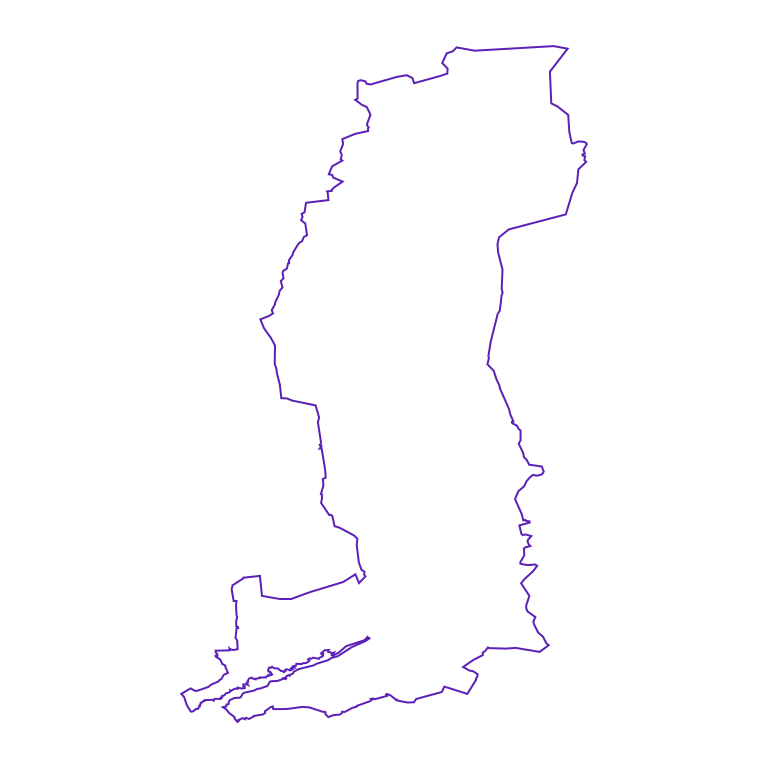 Kvinesdal nor, Vest-Agder, Norway
{"feature_id": "86288312B37428940692053", "entity_name": "Kvinesdal nor", "entity_type": "district", "adm_level": 2, "iso_a3": "NOR", "parent_name": "Norway", "parent_adm1": "Vest-Agder", "projection": "natural_earth1", "projection_center": [6.911, 58.518], "detail": "fine", "context": "isolated", "style": "outline", "palette": "violet", "viewbox_px": 768, "rotation_deg": 0, "n_neighbors": 0, "source": "geoboundaries", "source_scale": "gbopen_adm2", "svg_char_len": 6104}
<svg xmlns="http://www.w3.org/2000/svg" viewBox="0 0 768 768"><path d="M190.8,711.6L193.1,711.4L195.9,709.0L198.2,708.8L199.1,706.2L199.9,706.2L199.7,705.3L200.5,704.4L200.6,702.7L202.2,702.3L203.4,701.0L204.7,700.9L204.7,700.1L212.6,699.8L213.7,700.7L214.6,698.8L220.1,699.0L221.3,698.5L220.9,697.7L221.7,697.7L222.3,696.8L222.1,696.0L224.5,695.2L225.8,693.4L229.0,692.5L230.4,691.4L230.2,690.4L231.0,690.8L234.7,688.7L237.6,688.8L237.6,687.6L241.8,688.6L244.7,688.1L244.7,686.9L243.4,686.7L243.3,684.4L245.8,684.6L246.0,683.8L247.8,684.7L247.1,683.5L247.5,683.2L247.3,681.8L248.1,681.7L247.8,680.9L249.2,678.4L251.7,677.7L251.7,678.2L255.5,679.3L255.5,678.7L259.7,678.1L259.6,677.5L265.9,677.4L265.9,676.8L268.4,675.9L268.3,675.0L270.4,675.4L272.1,674.5L270.7,672.4L270.1,672.7L269.7,671.6L268.5,671.5L268.0,670.2L269.2,667.5L270.6,667.9L272.0,666.7L273.8,668.1L278.2,668.6L280.7,670.8L283.2,671.3L284.3,672.9L283.9,671.7L285.4,671.2L285.3,669.7L286.8,669.3L290.4,670.5L292.4,669.3L290.9,668.5L292.1,667.3L294.5,667.6L293.4,666.2L295.9,665.7L296.4,663.8L301.6,664.1L302.8,663.2L306.1,663.1L309.3,660.9L308.1,659.4L309.3,658.4L310.9,658.8L313.2,657.7L318.8,658.8L318.8,658.2L322.7,656.2L323.0,655.3L321.9,654.3L323.2,654.3L323.3,653.7L321.7,652.7L324.7,650.3L328.6,650.0L327.9,651.0L328.1,651.9L332.0,652.8L330.6,653.8L333.8,652.6L332.0,655.2L333.1,655.5L338.8,652.5L346.1,646.2L364.5,640.2L366.7,637.8L366.6,639.2L368.2,637.5L369.6,638.3L370.3,637.9L365.2,641.2L352.0,647.0L337.6,656.3L331.7,657.8L328.0,660.2L316.7,663.7L313.6,665.4L299.1,669.0L293.8,671.6L293.1,673.4L289.4,675.1L289.4,675.7L288.5,675.2L286.5,676.1L285.3,677.8L286.1,677.5L286.2,678.1L284.5,678.1L284.9,678.9L282.8,678.4L282.7,679.1L277.5,680.9L270.9,681.3L269.7,681.8L267.5,686.0L259.9,688.6L257.0,688.9L254.6,690.4L244.0,692.8L242.4,694.1L241.0,696.9L239.8,697.7L234.4,698.0L230.0,700.0L228.9,701.4L228.6,704.0L226.5,704.5L226.3,706.4L222.9,707.2L226.3,709.4L229.1,713.0L234.6,717.1L234.5,718.6L237.4,721.9L238.8,720.8L238.2,720.2L242.5,718.2L244.7,719.0L244.5,718.5L246.1,717.8L248.9,719.0L253.7,716.5L253.8,715.9L263.2,714.4L265.2,712.8L264.9,711.3L270.8,707.1L272.9,706.5L273.1,708.9L274.7,709.1L287.0,709.0L302.4,706.9L309.3,707.4L323.1,711.9L324.9,711.7L325.5,712.3L325.3,713.9L328.3,717.1L333.2,715.2L340.1,714.5L342.3,712.5L342.2,711.8L345.0,711.9L352.2,707.9L356.6,706.7L356.8,705.9L370.0,701.2L372.2,699.5L371.2,698.8L373.2,698.5L374.5,699.3L387.0,695.9L386.1,694.5L387.0,694.0L390.7,695.5L395.0,699.0L396.6,699.5L396.3,700.2L396.8,700.4L407.5,702.5L413.9,702.3L416.2,699.0L441.1,692.2L442.0,691.6L444.4,686.6L467.3,693.9L476.2,679.6L475.9,678.8L477.2,676.8L477.7,674.3L473.1,671.2L469.6,670.6L463.1,667.0L473.4,659.9L482.8,655.1L482.8,652.6L484.7,651.5L488.0,647.4L488.9,648.1L505.7,648.6L515.7,647.9L539.6,651.9L548.7,645.2L546.4,643.3L543.0,636.7L538.1,632.5L533.9,624.1L533.4,621.4L535.4,617.1L527.5,611.4L526.4,608.7L526.1,605.8L529.4,595.9L521.1,583.3L524.2,579.4L533.1,571.2L537.2,565.8L535.0,564.5L527.5,565.1L520.5,563.8L520.3,562.3L524.3,555.3L523.9,548.5L525.3,547.3L530.3,546.1L528.4,543.8L527.5,541.1L528.0,539.7L531.3,536.1L525.8,534.5L522.5,535.0L521.3,533.6L519.4,525.4L529.6,522.6L529.6,521.4L526.0,520.9L525.4,519.9L523.3,520.4L521.8,514.3L515.0,499.0L518.4,491.2L524.1,486.3L526.5,481.3L530.0,477.2L533.0,474.9L536.8,475.7L540.6,474.8L542.3,474.1L543.7,471.5L541.8,466.5L529.2,464.7L526.6,459.7L524.0,457.3L523.2,453.1L518.7,443.6L520.6,440.3L520.5,430.4L518.8,429.1L516.9,425.7L512.3,423.2L511.9,421.9L513.4,421.5L510.3,414.4L509.0,409.0L499.9,388.3L499.4,385.6L496.5,379.4L493.7,370.8L487.4,364.3L488.9,358.3L488.4,356.2L490.7,341.7L497.7,313.9L499.8,310.7L501.6,295.3L502.6,292.7L501.7,289.0L502.5,269.6L498.1,252.3L497.5,244.1L499.0,237.4L508.8,229.4L565.8,214.4L572.4,192.6L577.0,183.1L578.4,169.3L586.2,161.9L584.4,160.1L585.1,156.2L582.7,155.6L582.4,154.6L584.8,153.5L583.5,149.9L586.7,144.4L586.5,143.2L583.9,141.8L577.9,141.5L573.8,143.4L571.8,143.2L569.3,132.0L568.2,114.9L557.4,106.4L551.3,103.4L549.9,71.7L567.6,48.7L553.7,46.1L474.6,50.7L456.6,47.4L453.0,51.2L446.7,53.4L442.2,63.0L447.6,68.5L447.3,73.6L439.8,76.1L414.1,83.2L412.4,78.0L406.6,75.2L396.8,76.9L370.5,84.5L366.6,83.7L365.4,81.4L361.0,80.2L358.2,80.9L357.5,83.1L357.6,98.5L355.2,99.8L362.0,104.9L366.7,107.0L370.5,114.6L367.1,123.9L367.2,125.7L368.7,127.4L367.9,129.1L368.1,131.0L355.1,133.9L342.3,139.1L343.1,144.0L340.2,151.6L341.8,154.9L340.7,159.3L342.3,160.6L332.1,166.3L328.8,174.3L332.1,174.9L333.4,177.7L342.6,181.6L333.9,187.6L331.5,190.1L331.7,190.9L327.1,191.4L327.7,192.4L328.4,200.1L306.0,202.8L304.5,212.4L301.6,213.8L302.6,216.7L301.1,220.2L305.3,223.5L307.0,235.2L303.7,237.2L302.1,241.2L299.6,242.5L297.1,245.8L293.2,252.4L292.6,254.9L288.9,260.3L289.2,263.2L288.0,263.3L287.0,268.4L283.0,271.2L282.6,272.8L283.5,278.4L280.8,281.1L282.5,287.5L279.7,290.7L278.7,295.1L275.1,302.5L275.0,304.4L271.7,310.1L273.0,313.4L269.1,315.9L260.4,319.3L264.0,328.3L270.8,337.7L275.0,345.5L274.7,364.2L276.3,368.3L276.9,373.2L279.9,384.8L281.3,398.1L287.3,398.5L292.2,400.6L315.6,405.4L319.1,417.5L317.9,422.2L321.1,443.1L319.7,445.1L321.5,445.9L319.7,448.5L321.6,448.2L325.1,469.6L325.7,476.6L325.5,477.8L322.9,478.9L323.4,485.5L320.9,494.2L321.9,494.5L322.0,498.2L321.1,502.9L329.2,515.0L330.9,514.8L332.3,515.9L334.6,526.2L339.3,527.6L354.1,535.5L357.4,538.7L356.7,544.6L358.8,562.3L361.5,569.8L364.5,571.8L364.1,574.5L365.4,576.4L359.0,583.1L355.4,574.3L343.2,582.0L310.3,592.0L291.1,599.0L279.6,599.0L262.0,595.9L259.9,575.9L243.3,577.7L243.1,578.5L232.6,585.3L231.6,589.3L233.7,601.0L236.5,601.0L236.0,605.1L236.5,615.3L237.2,616.9L236.1,621.6L236.3,626.3L237.9,626.9L238.1,628.0L236.7,627.8L235.5,637.9L237.2,640.5L237.6,649.2L233.6,650.0L230.7,649.5L229.5,648.4L229.8,650.3L215.6,650.7L215.8,652.5L217.4,654.2L217.3,655.8L215.6,655.7L215.8,656.7L220.2,659.4L222.2,663.9L225.5,665.7L225.3,666.8L228.0,672.9L223.8,674.8L221.2,679.2L219.0,680.4L218.5,681.5L211.3,684.5L208.4,686.9L197.9,690.6L195.4,691.0L190.5,688.4L181.3,693.9L184.1,697.0L186.7,704.9L190.8,711.6Z" fill="none" stroke="#5b21b6" stroke-width="2"/></svg>